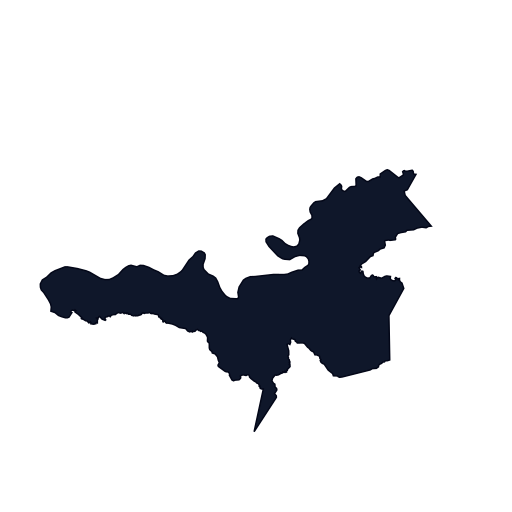 the district of Curillo, Caquetá, Colombia, rotated 122°
{"feature_id": "7082276B48734623734684", "entity_name": "Curillo", "entity_type": "district", "adm_level": 2, "iso_a3": "COL", "parent_name": "Colombia", "parent_adm1": "Caquetá", "projection": "natural_earth1", "projection_center": [-75.944, 1.028], "detail": "fine", "context": "isolated", "style": "filled", "palette": "ink", "viewbox_px": 512, "rotation_deg": 122, "n_neighbors": 0, "source": "geoboundaries", "source_scale": "gbopen_adm2", "svg_char_len": 6158}
<svg xmlns="http://www.w3.org/2000/svg" viewBox="0 0 512 512"><g transform="rotate(122 256 256)"><path d="M273.3,87.5L236.1,111.7L205.2,113.5L201.6,117.9L201.5,119.8L200.8,121.0L200.8,122.3L199.8,121.9L199.0,122.4L200.5,124.1L200.5,124.7L199.9,125.2L200.2,126.1L201.4,126.2L201.9,125.0L202.4,124.8L203.5,125.2L204.1,125.9L204.6,127.6L204.6,129.3L203.7,130.4L202.1,131.1L203.6,134.5L204.9,135.8L208.3,137.7L209.3,141.2L211.7,141.5L211.3,142.1L210.3,142.3L209.8,143.0L211.2,144.9L210.4,146.3L210.5,147.3L211.7,147.8L214.2,147.8L215.7,149.7L216.0,152.0L215.6,153.9L214.3,155.6L212.4,157.2L212.6,158.1L213.1,158.6L215.2,158.1L215.2,159.4L214.3,160.7L212.5,160.3L211.3,162.5L210.2,162.2L209.8,160.5L209.1,161.0L208.8,162.5L208.4,162.5L206.7,162.2L202.6,160.1L195.8,158.7L193.7,157.0L191.8,157.8L190.5,157.8L186.7,155.1L184.3,154.4L181.2,151.7L178.3,152.1L175.3,154.8L174.5,154.7L172.2,152.1L171.7,150.6L168.4,146.5L167.7,146.5L166.3,147.8L161.9,147.8L159.5,145.7L156.2,142.0L154.2,141.6L150.2,136.2L147.0,134.2L143.6,130.6L141.9,126.7L139.5,125.4L137.8,123.2L125.6,161.6L122.4,164.8L119.6,162.8L102.0,163.6L102.9,165.5L102.6,166.2L100.9,167.6L100.5,169.0L104.1,172.8L105.1,174.7L104.9,175.3L105.6,176.0L106.8,176.3L108.2,174.6L109.2,174.0L114.0,176.2L114.1,177.5L112.9,188.4L113.3,190.4L114.9,191.6L120.6,194.1L123.1,192.6L124.6,194.7L127.2,196.3L128.8,197.9L133.3,200.2L134.2,201.9L133.9,208.1L134.2,210.4L134.9,211.4L135.9,212.0L137.6,212.2L142.6,208.8L143.8,208.4L144.7,209.1L146.7,212.0L148.2,213.1L153.8,214.5L154.6,215.9L154.5,218.2L153.9,219.1L151.5,220.3L150.8,221.4L150.4,223.3L156.8,225.5L170.1,226.6L173.9,228.8L178.3,234.2L180.2,235.1L184.1,235.7L186.1,235.8L187.9,235.1L189.9,233.4L191.9,230.0L194.3,228.5L195.7,228.8L198.3,230.4L203.4,232.4L209.0,234.0L211.9,234.0L214.6,232.5L217.4,228.8L219.2,227.3L223.1,226.0L226.0,226.5L228.4,228.8L229.3,231.1L230.0,234.3L230.1,238.0L229.1,242.3L229.1,245.5L230.1,252.4L232.2,255.0L234.6,256.2L236.4,256.5L238.6,255.0L241.0,250.0L244.3,237.6L244.3,233.7L244.2,231.8L243.5,229.9L241.2,225.5L235.9,222.7L233.9,220.9L232.3,219.3L230.0,214.9L229.8,212.9L230.7,210.1L232.5,208.2L234.6,207.0L236.2,206.9L239.9,208.6L243.7,209.6L245.7,212.8L250.9,217.1L254.5,219.5L256.8,222.3L262.5,231.5L274.0,246.0L276.6,249.9L280.3,252.7L283.1,253.9L291.2,253.9L296.4,252.1L299.9,249.1L301.5,248.8L302.4,249.5L305.7,255.4L306.0,259.5L305.5,262.0L303.9,266.5L301.9,270.1L298.2,274.8L296.1,278.5L295.8,281.7L296.6,286.9L295.1,293.0L293.6,294.9L291.1,296.5L285.3,297.8L281.8,299.8L280.8,301.5L280.9,305.0L282.1,307.2L285.5,308.9L289.9,309.1L295.0,310.6L306.9,310.9L309.2,311.4L313.2,313.1L316.6,315.8L319.8,320.2L321.2,323.9L321.2,330.6L322.0,335.4L322.4,340.8L323.7,346.4L325.3,349.3L328.3,351.3L330.1,357.1L331.8,358.8L334.7,360.4L337.9,361.6L344.6,362.8L350.2,365.5L353.7,367.9L356.1,371.6L357.5,376.2L357.9,388.5L358.6,392.2L361.3,400.8L365.1,410.1L366.4,412.2L374.9,418.6L378.9,420.8L385.0,422.3L389.5,424.5L394.0,424.1L396.7,422.3L398.5,420.1L399.4,416.7L403.1,408.8L405.4,404.9L407.7,402.6L411.5,400.7L410.5,396.5L411.1,392.0L410.5,388.8L409.4,384.9L408.5,383.4L407.0,382.2L401.6,382.1L401.7,383.6L400.2,383.7L399.0,382.8L398.7,381.4L397.5,381.1L397.7,379.6L398.8,380.2L399.4,379.8L399.6,376.0L400.6,370.8L400.8,370.4L401.5,371.0L401.7,370.7L401.2,368.9L401.2,366.1L400.6,365.0L401.3,362.2L399.5,361.6L399.9,360.7L401.0,360.2L400.0,357.7L399.3,357.3L399.2,356.7L398.2,356.7L398.2,356.0L397.1,356.2L396.8,355.1L394.3,356.6L393.2,356.6L393.1,358.2L391.7,356.9L390.8,357.2L390.1,356.7L391.1,353.1L390.5,349.8L389.8,349.6L389.1,351.0L387.8,351.4L386.0,349.7L385.3,349.6L384.4,348.2L384.7,347.5L382.8,347.3L380.9,345.5L380.4,344.4L377.1,343.1L376.2,340.5L374.4,339.0L374.7,337.4L373.9,337.5L373.4,335.2L372.6,335.2L372.4,333.7L373.0,333.4L371.8,331.4L372.2,330.0L371.5,327.8L370.6,327.3L370.5,326.2L369.9,326.2L369.7,325.1L368.6,324.0L368.0,324.0L367.7,323.1L367.0,323.0L366.3,322.2L365.4,322.5L364.3,322.1L364.4,321.5L363.7,321.2L363.9,320.3L362.7,319.3L361.6,317.4L360.2,316.3L360.5,314.9L360.0,314.4L360.1,313.6L359.0,313.1L359.2,311.8L357.6,307.8L359.2,306.1L358.8,305.1L359.4,304.1L359.0,303.2L359.7,302.9L359.4,301.4L361.1,300.1L361.1,299.7L359.4,298.8L359.5,298.1L360.3,297.4L360.3,296.2L359.5,295.0L358.0,290.9L357.4,287.5L357.3,283.1L354.8,277.2L355.8,274.2L355.5,272.0L354.4,271.2L354.2,269.8L353.4,270.0L353.2,268.9L352.0,267.8L350.7,267.7L349.2,266.7L349.5,264.9L349.0,263.8L349.2,262.9L348.3,262.2L348.8,260.4L348.5,258.8L348.8,257.1L350.3,254.4L351.0,253.7L353.9,252.1L354.5,250.8L354.6,249.5L358.7,246.9L359.9,245.6L360.4,242.7L361.4,241.7L360.7,238.8L361.9,235.2L364.3,232.8L365.9,230.5L368.7,230.4L369.6,229.4L370.2,221.2L370.0,220.0L369.1,218.2L369.5,216.6L370.4,215.6L371.2,215.4L373.9,210.6L373.7,208.9L372.4,208.0L370.0,204.8L368.0,204.3L366.8,204.8L366.1,205.7L365.0,205.2L363.6,203.9L362.6,201.1L361.5,200.5L360.8,199.5L360.8,198.5L362.1,197.3L362.6,195.3L363.1,190.9L362.8,189.7L363.3,188.2L363.0,186.0L363.9,184.9L364.0,184.2L364.7,184.3L365.0,182.8L365.7,182.7L366.0,182.1L365.7,180.5L364.9,179.3L406.0,164.5L365.1,163.8L363.8,164.7L362.9,167.4L358.8,167.3L357.9,167.8L357.3,168.6L357.1,170.3L354.7,172.1L354.7,173.7L353.4,176.4L350.8,177.2L346.7,176.7L346.3,175.5L344.9,174.0L342.9,172.9L342.2,173.1L342.0,172.2L341.3,171.7L340.4,171.8L340.2,171.2L339.8,171.6L339.3,169.8L338.5,170.1L338.8,169.4L338.3,168.7L337.8,169.2L336.4,168.8L335.9,169.3L331.8,168.5L330.5,169.4L330.4,170.2L329.6,170.0L328.8,171.3L327.9,171.0L327.8,171.5L326.4,172.8L326.0,174.2L325.0,174.6L323.8,176.1L322.5,175.8L319.1,178.0L314.5,182.9L313.1,182.0L313.1,180.4L310.8,180.9L309.0,182.4L306.7,182.4L307.0,181.4L306.3,178.7L307.4,177.5L307.4,175.9L307.9,174.9L305.0,170.4L304.4,168.7L306.0,163.9L306.1,162.3L307.0,159.6L307.1,157.6L306.7,156.5L308.6,153.6L307.7,152.2L307.3,149.0L308.9,147.6L309.4,146.1L310.5,146.2L311.6,144.7L311.9,142.9L311.6,140.8L314.5,134.3L315.1,128.7L316.6,126.9L314.5,123.3L314.8,122.3L314.6,120.9L312.9,118.8L292.1,98.8L289.9,97.7L287.5,94.4L285.1,93.4L283.9,94.0L282.5,93.9L280.5,92.6L278.7,92.2L277.7,90.9L276.4,90.9L275.2,89.1L273.3,87.5Z" fill="#0f172a" stroke="#020617" stroke-width="1.5"/></g></svg>